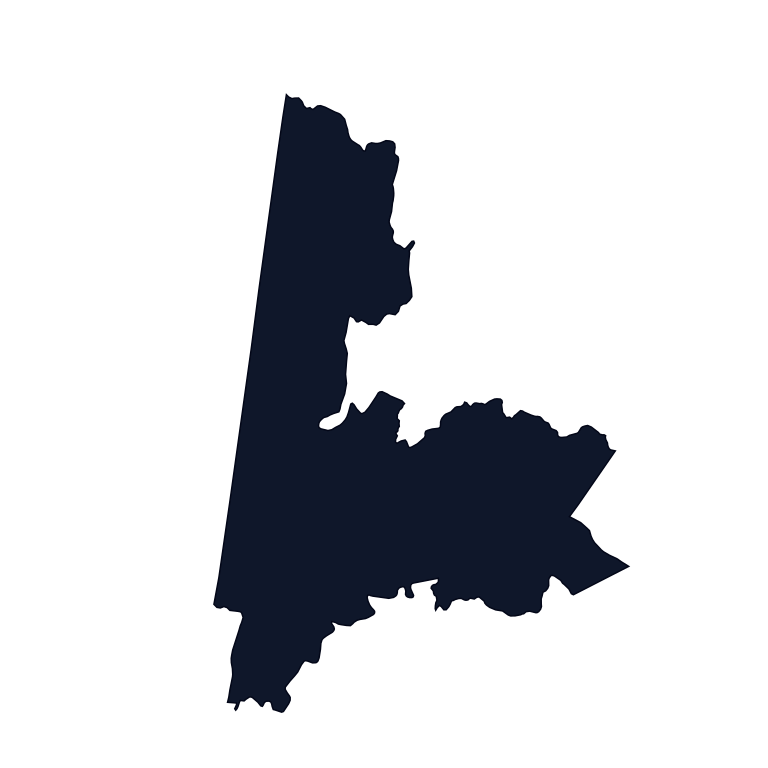 the district of Parintins, Amazonas, Brazil, rotated 169°
{"feature_id": "56859067B7549321418483", "entity_name": "Parintins", "entity_type": "district", "adm_level": 2, "iso_a3": "BRA", "parent_name": "Brazil", "parent_adm1": "Amazonas", "projection": "equal_earth", "projection_center": [-56.927, -2.788], "detail": "fine", "context": "isolated", "style": "filled", "palette": "ink", "viewbox_px": 768, "rotation_deg": 169, "n_neighbors": 0, "source": "geoboundaries", "source_scale": "gbopen_adm2", "svg_char_len": 6143}
<svg xmlns="http://www.w3.org/2000/svg" viewBox="0 0 768 768"><g transform="rotate(169 384 384)"><path d="M424.6,686.6L432.3,665.4L444.3,630.9L488.2,502.2L507.4,444.5L557.7,298.1L583.1,225.3L593.0,200.2L590.6,196.6L587.4,195.4L583.6,196.1L580.6,194.4L578.5,191.2L570.9,188.8L568.2,187.7L567.4,186.4L566.8,181.7L569.2,177.1L571.3,173.9L573.4,169.7L583.3,151.7L585.3,146.7L586.3,143.9L587.0,139.7L587.1,133.5L587.9,127.8L588.6,125.4L593.6,113.2L596.1,106.2L598.3,101.4L589.7,99.0L589.9,97.4L592.5,93.7L591.8,92.1L590.3,93.3L588.9,95.2L586.6,99.4L585.4,100.8L581.8,99.6L579.6,100.9L575.6,102.5L574.2,102.1L573.1,101.5L568.5,95.7L566.4,91.6L564.9,90.8L563.8,91.9L562.6,93.7L561.6,94.5L560.2,95.1L557.6,94.7L555.9,93.7L555.3,91.6L555.3,88.8L554.8,85.6L552.9,84.7L547.1,81.4L545.2,81.7L538.6,88.4L536.5,91.4L535.9,94.2L536.3,95.7L538.0,99.4L539.3,103.2L538.7,105.3L533.0,110.3L527.4,114.6L523.7,117.7L518.6,124.2L515.3,127.2L513.9,127.4L511.8,126.6L507.4,123.9L504.0,123.4L502.7,123.9L501.7,124.7L500.0,127.5L497.0,135.7L495.4,141.6L493.6,144.9L492.0,146.1L488.5,147.8L481.9,150.3L480.3,151.6L479.5,153.0L479.6,155.2L481.2,159.0L480.6,160.8L478.5,159.9L476.6,158.8L474.7,157.1L472.1,156.0L467.0,154.2L463.1,153.2L460.4,154.7L458.8,155.9L455.5,157.2L452.6,157.5L447.0,157.3L444.0,157.9L438.2,159.8L436.9,161.1L436.6,162.7L437.4,164.4L438.7,166.4L439.6,168.2L440.3,169.9L440.7,171.9L441.1,173.6L441.3,177.5L440.4,179.7L438.7,179.7L437.6,178.9L435.4,177.9L420.2,172.7L415.3,172.7L412.9,173.7L411.7,174.7L410.8,176.5L410.2,178.9L408.5,180.7L406.8,181.3L404.6,181.5L403.1,181.1L402.3,179.3L402.1,176.6L403.0,173.4L402.6,171.7L401.6,170.5L399.5,169.4L397.3,169.0L395.9,169.5L395.3,170.9L396.8,177.3L396.8,179.2L396.1,181.5L394.6,182.8L393.0,183.0L367.7,183.0L368.2,179.9L369.1,178.7L371.6,177.3L373.1,177.5L374.8,177.1L376.1,176.0L376.7,174.5L375.1,171.5L375.2,168.9L374.8,167.2L373.2,165.6L373.3,161.6L374.9,159.3L375.9,156.5L376.6,153.7L376.4,152.1L374.5,154.2L371.8,156.1L370.3,154.7L368.3,150.9L366.1,150.5L362.9,153.0L361.1,155.2L359.1,158.2L357.1,158.3L355.3,158.9L351.5,159.2L349.0,158.8L346.3,156.7L344.8,156.1L342.8,156.0L341.4,156.9L340.1,157.3L336.4,155.7L333.5,157.0L331.2,156.8L327.1,151.7L326.8,149.6L325.6,147.5L322.9,144.6L317.5,141.0L310.9,138.6L306.2,133.6L304.0,132.2L299.5,131.4L293.8,131.4L292.2,131.9L290.7,131.8L288.0,133.4L284.3,133.2L278.5,130.5L277.2,130.4L275.6,131.0L273.3,133.0L271.9,135.5L271.6,138.1L270.7,143.1L269.3,145.7L267.7,149.3L264.8,150.1L262.3,152.2L260.8,154.6L259.8,160.3L258.8,162.1L256.5,164.2L254.9,163.9L253.3,163.0L247.9,157.5L246.7,154.4L245.3,152.8L241.6,147.5L240.1,142.4L238.3,141.0L178.6,158.3L185.1,164.3L188.3,167.7L195.4,172.9L200.5,177.4L202.4,179.7L207.6,188.0L209.0,191.6L209.8,195.2L210.3,200.9L212.0,203.3L217.2,210.2L227.3,218.4L216.4,228.5L169.7,274.2L173.9,276.0L175.2,277.2L175.9,279.3L176.1,281.5L175.9,283.5L176.9,287.1L176.9,289.5L176.3,291.0L177.6,292.1L179.3,292.4L182.0,293.7L182.7,295.4L188.7,302.2L192.0,304.4L194.8,304.4L197.1,304.1L198.6,303.5L202.3,299.5L203.6,298.8L211.7,298.2L214.7,297.1L219.4,297.6L221.2,298.0L222.7,299.0L223.3,300.6L222.9,303.4L223.9,305.4L227.8,307.9L228.8,309.1L229.7,313.0L230.4,314.4L232.8,315.8L233.9,316.7L236.1,320.6L237.3,322.0L239.5,322.9L241.0,323.1L242.7,323.8L245.7,325.5L251.7,329.6L253.1,331.0L255.1,331.8L260.3,328.7L262.0,328.0L263.2,326.7L265.2,325.4L267.0,327.5L270.5,327.6L272.1,331.8L273.0,333.3L272.5,341.4L271.4,343.3L271.4,345.4L272.7,347.0L276.1,347.9L278.4,348.1L283.8,346.8L287.8,344.8L289.3,344.6L290.7,345.7L292.2,346.4L293.7,346.4L297.3,347.8L298.9,347.9L300.8,346.9L302.5,345.3L304.1,345.7L305.5,347.8L306.4,349.7L308.3,350.8L309.5,349.0L310.8,348.1L312.8,347.2L316.8,347.7L318.6,347.3L323.6,343.8L329.2,342.6L331.0,341.6L333.5,339.5L334.8,337.7L335.7,335.9L336.2,333.4L337.1,330.8L338.9,330.1L345.4,330.6L349.9,330.2L352.1,329.6L353.1,327.8L353.4,325.3L354.5,323.6L362.6,318.9L368.7,316.9L370.7,316.6L371.9,317.4L372.9,323.0L373.9,325.0L378.0,324.8L381.3,323.8L382.5,323.2L383.8,324.7L383.1,327.5L380.8,330.6L381.5,332.3L381.7,334.3L380.4,334.4L379.3,335.4L378.9,337.2L378.2,338.4L377.1,339.4L376.8,342.4L376.0,345.0L377.7,347.6L377.0,349.9L376.7,351.7L375.5,352.8L374.5,354.5L373.3,355.9L371.7,356.5L370.2,357.9L369.3,359.6L367.6,360.9L369.5,364.0L380.2,371.1L382.7,373.5L387.3,376.8L389.7,377.0L391.3,376.3L394.5,372.7L403.3,363.8L408.1,359.9L410.8,359.2L412.4,359.5L415.6,364.7L417.4,369.4L418.8,371.2L420.4,370.7L424.2,362.9L426.6,358.8L428.8,356.3L432.3,353.5L434.9,352.0L439.9,350.6L443.9,349.1L447.9,349.0L454.6,352.1L456.2,353.7L456.2,355.7L455.5,357.7L454.7,359.1L453.2,360.4L450.9,361.9L449.4,362.6L445.8,362.9L442.9,363.9L439.0,364.7L433.6,365.3L432.0,367.8L430.2,372.3L424.5,381.8L420.7,391.7L419.9,400.8L416.4,413.6L414.2,421.0L414.4,425.6L415.1,431.4L415.1,434.3L411.4,441.8L406.4,455.1L404.5,457.6L400.8,454.5L399.1,450.4L397.4,449.9L393.9,451.1L390.0,447.9L387.8,445.5L383.3,444.7L380.5,443.3L376.8,444.8L371.3,450.3L368.0,452.1L365.3,452.1L359.8,449.9L356.0,452.6L353.4,457.5L350.1,458.8L346.9,458.8L343.1,461.3L340.0,464.4L338.9,472.8L338.9,486.4L338.3,491.9L336.2,499.9L333.9,507.7L333.9,509.8L329.8,513.4L327.2,516.6L327.6,518.6L329.3,518.7L336.5,513.2L338.6,512.8L342.0,516.7L345.3,518.8L347.2,521.2L347.8,523.9L347.9,526.0L347.5,527.6L346.0,530.7L345.7,532.4L346.2,534.4L347.3,536.4L347.8,538.6L348.1,542.0L347.4,544.3L343.7,551.8L341.1,560.2L340.2,562.0L338.6,566.8L338.0,569.5L337.5,574.0L337.5,576.2L337.8,578.2L331.0,590.9L327.1,600.6L326.8,602.6L327.0,604.5L329.3,606.9L329.8,608.5L329.3,610.4L328.0,614.1L327.7,617.7L329.2,620.1L332.0,621.5L335.7,622.5L341.5,621.3L344.1,621.3L346.4,621.7L350.2,623.1L353.2,622.6L354.4,622.0L355.6,620.7L357.1,617.7L358.0,616.4L359.3,616.5L360.3,617.6L361.6,620.9L362.7,622.8L364.0,623.9L368.7,628.4L369.8,629.9L370.6,631.7L371.1,633.7L371.4,637.6L371.2,640.7L371.7,644.9L372.1,651.4L375.3,656.8L376.9,658.2L380.4,660.4L388.9,666.9L393.1,669.3L396.2,669.6L401.3,667.0L403.1,668.2L403.9,669.4L407.5,669.2L409.7,672.4L410.4,676.3L411.1,677.8L413.2,681.0L417.4,681.7L419.9,681.7L422.8,683.9L424.6,686.6Z" fill="#0f172a" stroke="#020617" stroke-width="1.5"/></g></svg>